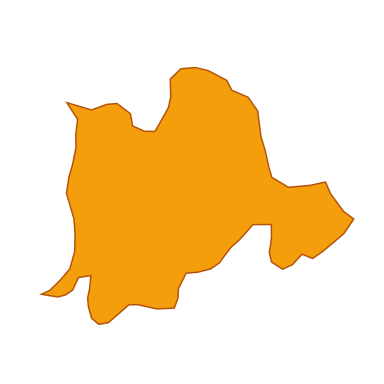 Kampyli, Cyprus, rotated 85°
{"feature_id": "46923920B20752671423120", "entity_name": "Kampyli", "entity_type": "district", "adm_level": 2, "iso_a3": "CYP", "parent_name": "Cyprus", "parent_adm1": "", "projection": "albers", "projection_center": [33.105, 35.307], "detail": "fine", "context": "isolated", "style": "filled", "palette": "amber", "viewbox_px": 384, "rotation_deg": 85, "n_neighbors": 0, "source": "geoboundaries", "source_scale": "gbopen_adm2", "svg_char_len": 1132}
<svg xmlns="http://www.w3.org/2000/svg" viewBox="0 0 384 384"><g transform="rotate(85 192 192)"><path d="M280.8,350.8L284.9,334.7L283.4,326.6L279.0,319.2L267.3,312.6L266.5,300.1L279.0,302.3L288.5,305.2L297.3,305.2L309.1,303.0L315.7,296.4L314.9,286.8L309.1,278.7L298.8,264.7L299.5,255.9L305.4,237.4L306.1,219.8L296.6,215.3L287.1,213.9L272.4,205.0L272.4,193.2L270.2,180.0L265.1,171.1L258.5,165.2L250.4,157.9L243.8,149.0L236.4,140.9L229.8,134.3L231.3,115.9L243.0,116.6L250.4,118.1L259.2,120.3L268.7,118.8L276.8,108.5L273.1,98.2L263.6,87.9L268.7,77.6L262.8,67.3L256.2,57.7L246.7,44.4L233.0,33.2L224.7,42.6L206.1,54.0L193.7,58.2L195.7,73.8L195.7,95.6L184.3,111.2L174.0,113.3L157.4,115.4L142.9,118.5L117.0,119.5L102.5,127.9L94.2,143.5L83.9,147.6L72.5,165.3L68.3,177.8L68.3,192.4L77.6,203.8L95.3,204.9L105.6,208.0L118.0,216.3L128.4,223.6L127.4,234.0L121.1,245.4L108.7,246.5L97.3,259.0L97.3,269.4L101.5,285.0L92.1,308.9L109.7,299.6L124.2,302.7L137.7,303.7L155.3,308.9L165.7,313.1L182.3,317.2L208.2,312.0L222.7,312.0L241.3,314.1L257.9,320.4L268.2,330.8L277.6,342.2L280.8,350.8Z" fill="#f59e0b" stroke="#b45309" stroke-width="1.5"/></g></svg>